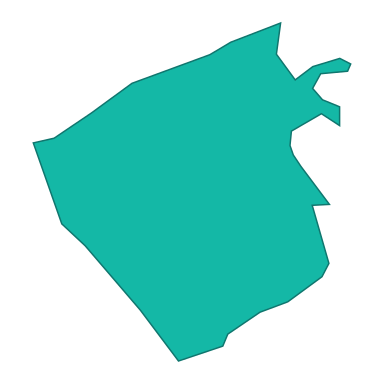 the district of Pulaski, Virginia, United States of America
{"feature_id": "52423323B50424671887039", "entity_name": "Pulaski", "entity_type": "district", "adm_level": 2, "iso_a3": "USA", "parent_name": "United States of America", "parent_adm1": "Virginia", "projection": "robinson", "projection_center": [-80.648, 37.062], "detail": "fine", "context": "isolated", "style": "filled", "palette": "teal", "viewbox_px": 384, "rotation_deg": 0, "n_neighbors": 0, "source": "geoboundaries", "source_scale": "gbopen_adm2", "svg_char_len": 557}
<svg xmlns="http://www.w3.org/2000/svg" viewBox="0 0 384 384"><path d="M339.6,125.6L339.6,106.8L322.5,99.8L312.6,88.4L320.7,73.7L347.6,71.2L350.7,64.0L339.8,58.4L312.8,66.6L295.2,79.9L276.4,54.2L280.6,23.0L230.8,42.2L209.8,54.7L132.0,83.3L91.4,113.0L54.1,138.2L33.3,142.9L46.9,181.5L61.8,223.9L85.2,245.8L140.3,310.1L178.5,361.0L222.8,346.1L227.8,334.1L260.0,312.2L287.8,301.8L322.0,276.7L328.9,263.4L312.2,205.3L329.4,204.4L300.9,166.4L293.3,155.0L290.0,145.5L291.4,131.1L321.4,113.7L339.6,125.6Z" fill="#14b8a6" stroke="#0f766e" stroke-width="1.5"/></svg>